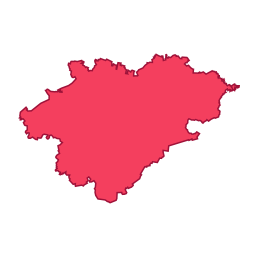 Lorica, Córdoba, Colombia (Albers equal-area conic projection), rotated 183°
{"feature_id": "7082276B90578297769705", "entity_name": "Lorica", "entity_type": "district", "adm_level": 2, "iso_a3": "COL", "parent_name": "Colombia", "parent_adm1": "Córdoba", "projection": "albers", "projection_center": [-75.946, 9.184], "detail": "fine", "context": "isolated", "style": "filled", "palette": "rose", "viewbox_px": 256, "rotation_deg": 183, "n_neighbors": 0, "source": "geoboundaries", "source_scale": "gbopen_adm2", "svg_char_len": 5867}
<svg xmlns="http://www.w3.org/2000/svg" viewBox="0 0 256 256"><g transform="rotate(183 128 128)"><path d="M236.3,138.1L236.6,134.3L235.8,133.4L236.8,132.4L235.3,132.0L236.0,130.9L236.0,130.5L235.2,130.6L233.4,131.7L233.0,131.5L231.3,129.6L232.7,128.0L231.6,125.8L231.0,125.2L228.8,124.9L228.5,120.9L230.0,119.5L230.2,118.5L229.0,116.9L227.7,118.0L226.4,117.7L226.5,116.2L227.5,113.9L226.9,112.7L225.1,112.6L222.8,113.9L219.7,111.8L217.9,111.6L217.7,113.6L215.2,113.3L214.1,113.6L212.8,116.6L211.5,117.4L207.7,116.9L207.6,116.1L208.7,115.1L209.1,114.2L208.2,113.1L207.4,112.8L206.2,114.0L205.8,116.4L204.6,116.9L204.0,116.8L202.5,115.4L202.0,114.3L200.4,114.8L198.3,113.8L196.0,113.7L195.3,113.2L194.9,111.3L192.8,110.1L194.9,107.7L197.0,106.6L195.9,102.3L195.9,101.3L196.3,101.3L195.0,99.1L197.8,96.9L198.6,95.2L198.0,94.2L195.9,92.7L196.5,90.8L197.9,89.4L197.4,87.8L197.6,86.2L196.9,85.5L197.5,84.5L196.7,83.9L198.0,82.6L197.6,82.2L198.2,81.9L197.9,81.3L195.8,81.8L194.8,80.8L193.1,80.2L194.1,78.2L193.3,77.8L193.0,78.5L191.6,78.2L191.3,78.8L190.3,79.0L190.5,79.5L189.5,79.7L187.8,80.9L187.9,79.1L186.7,77.8L183.8,77.9L184.5,76.3L184.1,74.8L183.2,74.1L183.8,72.8L179.8,68.9L177.7,69.6L177.8,68.6L177.4,67.1L171.3,68.5L169.5,67.8L168.8,68.9L165.8,70.8L166.7,71.8L165.0,73.3L166.1,75.9L164.6,77.1L162.6,75.0L163.7,73.1L163.4,72.1L161.5,72.3L159.3,73.6L157.3,71.2L157.5,67.0L158.3,65.6L157.4,64.6L157.5,61.9L156.7,59.0L154.3,55.6L147.4,55.0L146.5,54.7L144.8,53.5L143.3,53.4L142.9,52.8L141.9,52.5L136.1,55.2L135.5,56.9L135.5,62.9L130.9,63.3L130.6,62.1L130.0,61.5L128.1,61.7L126.4,62.4L125.9,63.4L127.2,65.6L127.5,66.5L127.1,67.7L126.7,67.4L125.2,68.8L124.6,67.7L121.4,69.2L119.9,70.8L119.8,71.3L120.7,72.3L113.7,78.0L113.0,80.6L112.1,81.9L113.2,82.5L109.2,90.2L107.4,90.0L107.5,90.7L104.1,91.6L104.5,92.4L103.2,94.1L102.2,94.0L101.7,95.6L96.9,95.1L94.8,99.5L92.9,99.5L92.2,100.7L91.4,100.9L90.6,101.9L91.7,105.9L91.7,107.5L86.7,107.0L86.4,112.3L66.9,119.4L66.5,118.8L63.6,120.4L63.2,119.2L58.0,120.9L58.6,122.6L56.3,126.1L59.1,127.7L60.6,125.9L61.3,126.0L62.6,125.3L64.0,125.3L64.8,126.1L66.1,125.8L67.4,126.7L68.5,128.5L68.5,129.2L69.5,129.7L70.6,131.5L70.2,132.2L70.2,134.3L68.6,136.3L68.7,138.5L68.3,139.6L67.6,140.4L64.7,139.3L63.2,139.5L62.2,139.2L60.8,140.0L58.0,139.0L56.5,139.3L54.7,138.3L54.4,137.4L53.4,136.8L52.1,138.3L50.3,139.4L49.7,140.4L47.9,139.1L45.5,141.1L42.4,142.8L41.4,142.4L38.2,143.8L37.8,145.9L37.2,146.4L37.3,148.8L37.0,149.0L37.4,150.0L38.8,150.7L39.3,152.4L38.6,153.1L38.2,154.8L37.4,155.4L37.6,156.7L38.4,157.9L37.9,158.4L38.5,159.8L38.0,161.4L37.2,162.4L37.3,162.6L36.3,163.8L36.6,164.1L36.1,164.9L34.9,166.2L35.1,166.8L34.0,166.9L33.6,168.0L32.2,168.6L32.7,169.0L32.6,170.8L30.8,172.2L30.2,170.7L28.9,171.7L28.4,171.4L28.1,170.2L27.6,171.1L27.3,170.4L26.3,170.8L25.8,171.9L25.7,171.0L25.2,171.5L24.1,171.3L24.3,171.8L23.9,172.2L23.4,171.4L23.2,172.3L22.8,172.2L22.5,172.6L22.9,172.7L22.9,173.5L23.5,173.6L23.4,174.2L22.2,174.2L21.6,174.8L21.1,174.2L20.7,174.9L20.3,174.0L19.3,174.6L19.2,176.0L21.4,175.9L22.5,176.3L23.3,176.0L23.6,177.4L24.0,177.5L26.5,175.7L26.7,174.2L27.9,175.7L28.4,175.7L28.5,176.3L29.2,176.6L31.0,175.4L31.7,176.1L32.1,177.5L33.0,177.2L33.5,177.5L33.6,178.1L33.9,177.7L34.3,177.9L34.3,178.8L34.7,178.8L34.7,179.5L35.0,179.3L35.3,179.5L34.6,179.8L34.3,180.9L34.9,181.3L34.9,181.8L36.6,180.6L36.4,181.4L36.8,182.1L37.2,181.7L38.4,182.7L39.4,182.8L40.2,183.4L40.5,182.9L40.8,183.7L39.5,184.3L39.6,185.0L40.5,184.9L41.0,186.8L41.6,186.8L41.7,187.2L42.5,187.0L42.8,188.6L43.8,188.3L44.3,189.0L45.4,188.9L46.1,189.3L47.4,188.9L47.4,189.2L52.9,185.9L55.7,187.9L58.4,186.8L59.3,187.6L60.2,187.0L60.1,186.5L65.8,186.4L65.7,190.1L66.3,190.1L68.6,191.5L70.9,193.8L72.7,193.0L74.9,194.9L73.9,196.1L72.4,196.4L72.5,196.9L71.0,198.2L71.3,198.6L70.6,198.8L72.3,201.0L72.9,201.5L77.6,201.6L78.1,200.6L78.0,200.1L79.5,200.1L81.8,202.5L82.0,202.2L83.6,202.1L83.6,202.8L84.8,203.5L86.8,202.8L89.0,200.6L91.2,201.0L91.3,200.2L92.3,200.0L93.3,201.4L93.0,202.7L93.5,203.3L93.9,203.2L93.9,199.4L94.4,199.2L93.9,198.1L96.2,197.3L97.0,201.6L97.8,201.7L97.7,200.7L101.1,201.7L103.8,203.0L104.4,201.8L104.7,201.8L104.5,201.4L104.9,200.4L105.3,200.6L105.3,200.0L106.1,200.0L105.6,199.0L107.7,197.5L107.2,196.3L107.1,194.8L109.7,194.8L110.9,194.0L112.3,194.2L112.3,193.1L114.3,191.4L116.3,188.7L120.3,186.7L121.5,184.8L122.4,184.2L120.8,181.0L121.2,180.6L125.1,180.3L125.1,183.8L124.5,185.1L126.9,185.9L127.6,185.5L128.2,184.1L131.0,185.8L131.6,182.7L131.2,182.1L133.2,182.3L132.6,185.9L134.2,187.3L134.2,188.3L135.0,188.6L134.6,189.8L138.0,190.6L138.1,190.0L139.1,190.5L138.4,192.4L141.4,192.7L142.4,186.1L142.9,186.2L142.6,190.2L144.1,190.2L145.7,191.2L146.5,189.3L147.5,189.4L147.4,191.8L148.0,193.0L147.7,193.4L152.9,195.6L153.9,194.3L159.2,195.9L159.7,194.8L161.2,194.8L161.4,193.5L164.0,193.5L163.3,194.4L164.0,194.7L164.6,193.8L164.5,192.8L164.1,191.4L162.9,189.6L164.6,188.3L164.7,186.8L166.3,184.9L166.7,183.4L168.8,183.4L170.1,182.7L170.7,183.3L170.3,183.5L171.3,185.2L170.8,186.1L172.7,186.8L173.5,186.3L174.8,187.8L176.3,188.3L176.2,190.0L177.7,190.1L177.0,190.6L177.1,191.0L175.6,191.0L175.6,191.9L177.5,192.5L177.8,193.0L182.1,191.7L184.7,192.0L184.9,191.7L188.2,191.5L188.8,190.6L188.9,189.1L190.7,189.5L191.0,187.7L189.9,186.2L189.8,185.0L188.9,183.9L189.2,182.7L187.5,181.8L187.9,178.2L187.0,177.3L187.1,176.7L186.2,175.6L184.8,175.6L183.7,176.4L182.4,174.4L186.0,170.0L189.5,167.3L196.6,164.2L200.8,161.8L197.7,163.4L198.0,162.5L197.5,162.6L197.3,161.9L198.3,161.2L197.5,160.6L197.0,161.0L196.3,160.4L195.9,160.8L195.8,160.3L198.1,160.3L199.3,161.0L200.7,160.4L201.9,160.7L202.7,160.3L207.2,160.5L209.6,162.2L210.7,162.5L211.6,161.4L212.3,161.2L210.2,158.1L208.4,156.2L208.3,152.4L216.4,148.1L225.4,140.1L228.9,139.7L230.3,140.8L229.5,141.6L230.9,143.4L236.3,138.1Z" fill="#f43f5e" stroke="#9f1239" stroke-width="1.5"/></g></svg>